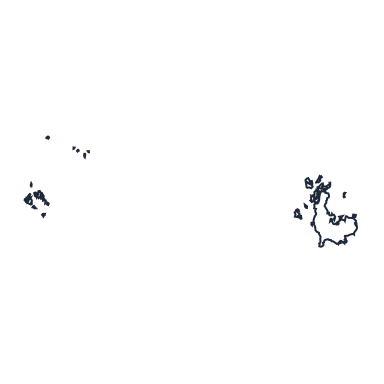 the district of Bintan, Kepulauan Riau, Indonesia, rotated 183°
{"feature_id": "22746128B62804497316712", "entity_name": "Bintan", "entity_type": "district", "adm_level": 2, "iso_a3": "IDN", "parent_name": "Indonesia", "parent_adm1": "Kepulauan Riau", "projection": "equal_earth", "projection_center": [105.325, 0.913], "detail": "fine", "context": "isolated", "style": "outline", "palette": "slate", "viewbox_px": 384, "rotation_deg": 183, "n_neighbors": 0, "source": "geoboundaries", "source_scale": "gbopen_adm2", "svg_char_len": 5827}
<svg xmlns="http://www.w3.org/2000/svg" viewBox="0 0 384 384"><g transform="rotate(183 192 192)"><path d="M54.9,195.3L55.7,197.7L57.6,197.9L57.9,198.4L58.7,198.2L59.0,199.1L62.7,199.7L64.5,196.6L64.6,190.3L65.4,187.9L66.3,187.0L68.4,186.9L69.3,185.9L68.9,184.2L69.2,182.1L67.3,181.7L68.0,179.9L67.6,178.0L67.0,177.5L66.9,176.2L68.3,173.8L69.1,170.3L69.1,168.5L68.4,167.7L68.6,166.3L67.2,163.6L66.7,160.3L65.4,158.9L63.1,157.9L63.1,157.1L61.2,154.0L61.5,152.2L61.1,149.0L61.5,147.8L62.3,147.2L61.8,146.3L62.0,144.4L60.3,144.1L58.8,144.8L58.0,146.0L58.5,148.1L57.6,148.5L57.2,150.4L56.5,151.1L53.7,152.0L52.7,151.3L50.5,151.2L50.1,150.2L48.5,150.1L44.5,147.7L43.5,148.0L43.1,147.5L42.7,148.3L41.2,148.7L41.7,149.8L42.3,149.7L41.3,150.9L40.3,150.9L39.3,149.6L38.8,150.0L37.8,149.2L38.0,149.9L36.9,150.8L36.0,150.7L35.9,150.2L35.5,150.8L35.1,150.4L34.9,151.1L35.8,151.6L35.9,152.8L36.9,152.8L36.5,153.6L36.1,153.4L36.0,153.6L37.1,155.6L36.9,156.2L34.5,156.3L31.8,157.8L28.7,158.6L27.9,158.0L28.0,159.9L25.9,162.9L25.3,164.7L25.5,166.0L27.2,167.9L27.2,168.9L27.7,169.6L26.9,170.6L26.7,171.8L29.7,174.4L34.3,174.4L35.9,175.7L37.1,175.7L37.8,171.2L38.2,171.9L39.7,171.9L41.7,173.1L41.9,171.9L44.3,170.0L43.9,168.3L44.2,167.4L45.4,167.2L45.1,168.8L45.5,169.3L46.1,168.9L46.5,167.5L49.0,167.4L51.3,171.0L52.5,169.9L52.1,172.4L51.6,172.6L50.1,171.5L48.8,172.5L48.6,173.5L48.2,172.2L47.9,173.4L48.3,173.7L47.8,174.8L49.0,176.6L50.4,176.5L51.0,177.4L51.2,176.0L52.9,175.8L53.5,176.0L54.0,178.2L54.4,177.9L54.7,178.3L55.1,177.6L55.7,177.6L55.6,180.2L58.8,184.9L58.5,186.5L57.3,188.3L57.5,190.2L56.9,190.9L56.7,192.9L55.3,193.7L54.9,195.3ZM352.3,171.0L351.5,171.6L352.3,172.1L352.1,173.0L351.5,172.9L351.5,175.3L352.6,176.6L352.8,177.4L353.1,177.1L352.6,178.2L353.3,177.8L353.5,176.8L354.7,175.7L354.9,174.6L355.8,173.5L355.8,174.2L355.0,175.1L355.4,176.0L356.1,175.4L356.4,175.8L355.9,175.9L355.5,176.9L355.2,176.4L354.4,178.2L353.8,178.4L354.2,179.2L353.3,181.1L353.8,181.5L354.7,180.7L356.2,177.8L357.1,177.8L357.1,176.5L357.8,175.8L358.6,176.0L358.7,174.9L357.8,174.3L357.1,173.1L352.3,171.0ZM81.9,170.9L81.3,171.2L81.9,174.0L84.2,174.2L83.5,174.8L83.6,176.0L85.5,177.2L85.7,178.2L84.8,179.1L84.3,178.9L84.5,179.5L85.6,180.3L87.0,179.6L87.8,177.4L88.4,176.9L87.4,174.9L88.0,172.8L83.5,172.2L81.9,170.9ZM73.2,202.0L71.8,203.6L72.5,205.1L77.8,207.5L78.5,206.6L77.8,202.7L77.0,202.2L74.9,202.7L73.2,202.0ZM342.1,177.5L341.4,177.3L341.4,179.7L341.9,181.5L342.3,181.1L342.4,181.8L342.9,181.8L342.6,183.5L343.5,183.8L344.1,185.1L345.4,184.7L345.4,181.9L346.4,182.2L346.0,181.3L345.9,179.0L344.8,177.8L344.1,178.6L343.5,178.5L343.3,179.2L342.6,177.8L342.3,178.2L342.1,177.5ZM58.3,201.4L57.5,201.9L57.1,203.1L55.7,203.4L54.6,204.4L54.3,206.1L54.5,208.5L55.2,208.4L55.0,207.5L55.7,206.1L57.0,205.7L57.7,204.8L59.8,204.3L61.4,204.8L62.2,204.1L62.0,202.9L60.7,201.9L60.5,202.0L60.4,202.2L60.4,201.6L58.6,202.3L58.3,201.4ZM69.8,194.3L68.1,192.0L67.5,192.9L66.6,194.9L67.0,197.2L66.5,199.0L65.5,199.9L65.9,200.5L66.7,200.6L67.1,199.8L68.4,199.8L69.8,198.3L69.4,195.8L69.8,194.3ZM72.0,188.3L70.7,188.8L69.4,192.6L71.0,195.1L71.5,194.6L72.0,195.1L71.7,194.3L72.8,194.6L72.3,193.3L72.8,192.8L72.6,190.0L73.3,189.6L72.0,188.3ZM62.8,201.9L62.1,202.2L62.4,204.2L61.3,205.2L61.8,207.4L62.9,207.0L65.3,204.2L67.0,203.2L66.7,202.1L65.6,203.0L62.8,201.9ZM75.1,206.6L74.6,207.2L74.9,208.2L74.6,208.8L76.7,212.0L77.6,211.7L79.3,209.9L78.9,207.9L78.0,208.2L75.1,206.6ZM68.9,188.5L65.8,188.2L65.1,191.6L66.2,193.9L67.8,191.4L69.5,190.4L68.9,188.5ZM69.4,207.5L67.4,208.4L66.2,208.2L65.7,208.7L64.5,210.1L64.7,211.5L65.4,211.3L65.5,211.6L65.4,212.0L66.0,212.5L68.6,208.0L69.4,207.5ZM72.6,206.0L72.2,206.4L72.9,209.3L74.5,208.8L74.8,208.4L74.5,207.3L74.7,206.4L72.6,206.0ZM29.1,175.1L27.6,175.6L27.2,177.3L28.3,177.0L28.5,177.3L28.9,177.5L29.1,177.7L28.3,177.3L28.2,177.8L29.8,177.9L30.2,176.3L29.1,175.1ZM43.1,172.5L42.1,172.5L41.7,174.1L40.4,175.9L43.7,175.0L43.0,174.2L43.1,172.5ZM65.4,211.6L64.7,211.7L64.3,212.7L63.1,213.6L63.8,214.5L64.3,214.1L65.3,214.7L66.0,212.9L65.4,212.2L65.4,211.6ZM340.5,161.4L339.1,159.7L338.7,160.9L338.0,161.1L337.7,162.5L339.9,162.3L340.5,161.4ZM77.2,182.1L76.4,182.1L76.4,183.7L78.7,185.3L78.3,183.3L77.2,182.1ZM65.5,198.9L66.1,197.6L65.8,196.2L65.2,196.3L64.3,199.1L65.5,198.9ZM338.7,239.9L340.2,238.8L340.2,238.2L338.2,237.7L337.6,239.1L338.7,239.9ZM40.0,194.6L39.2,195.0L39.9,196.4L39.5,198.2L38.9,199.1L39.7,199.2L40.4,198.4L40.3,195.0L40.0,194.6ZM353.4,190.4L352.7,188.3L352.5,191.3L353.0,192.2L353.4,190.4ZM301.4,222.7L301.4,221.6L300.9,221.0L300.5,224.0L300.9,224.6L301.5,224.5L301.7,223.1L301.4,222.7ZM348.7,167.9L348.3,168.6L349.0,169.8L350.1,169.2L350.5,168.3L348.7,167.9ZM336.1,172.0L335.0,171.5L334.5,173.0L335.5,173.7L336.1,172.0ZM341.0,179.4L340.2,178.7L339.8,180.0L340.8,181.5L341.0,179.4ZM340.3,175.6L338.8,176.1L339.1,177.4L339.7,177.6L339.9,176.7L340.2,177.1L340.3,175.6ZM349.0,181.0L348.7,181.6L348.5,181.1L348.1,182.0L348.8,183.9L348.9,182.4L349.5,182.4L349.0,181.0ZM338.0,173.0L337.5,173.5L337.5,175.2L337.6,175.9L338.0,176.0L338.0,173.0ZM347.3,180.6L346.8,179.0L346.2,181.0L346.8,182.1L347.3,180.6ZM70.4,165.0L70.3,166.0L71.1,168.4L71.1,165.7L70.4,165.0ZM65.8,194.5L65.8,193.6L65.6,193.0L64.8,195.0L65.8,194.5ZM348.0,167.5L347.0,167.6L348.0,168.6L348.0,167.5ZM297.0,226.3L297.1,227.4L298.2,227.3L297.5,226.3L297.0,226.3ZM308.6,226.6L308.1,227.6L307.4,227.2L307.3,227.6L308.0,228.2L308.5,227.8L309.0,227.1L308.6,226.6ZM312.6,230.3L312.6,228.9L312.0,229.2L311.6,230.2L312.6,230.3ZM59.2,200.6L58.8,201.3L59.1,201.7L60.1,201.1L59.2,200.6ZM348.0,179.8L347.4,178.6L347.5,180.7L348.0,179.8ZM67.8,199.8L67.2,200.3L66.9,200.9L67.9,200.9L67.8,199.8ZM65.9,195.6L65.5,195.0L64.6,195.5L65.1,196.0L65.9,195.6ZM26.0,168.1L26.2,169.5L26.5,169.6L26.3,168.3L26.0,168.1Z" fill="none" stroke="#1e293b" stroke-width="2"/></g></svg>